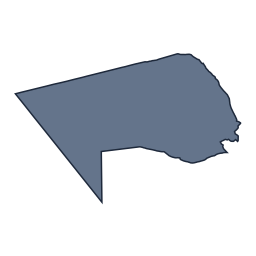 Seme, Nyanza, Kenya, rotated 90°
{"feature_id": "3690345B94022064198400", "entity_name": "Seme", "entity_type": "district", "adm_level": 2, "iso_a3": "KEN", "parent_name": "Kenya", "parent_adm1": "Nyanza", "projection": "equal_earth", "projection_center": [34.518, -0.156], "detail": "fine", "context": "isolated", "style": "filled", "palette": "slate", "viewbox_px": 256, "rotation_deg": 90, "n_neighbors": 0, "source": "geoboundaries", "source_scale": "gbopen_adm2", "svg_char_len": 3452}
<svg xmlns="http://www.w3.org/2000/svg" viewBox="0 0 256 256"><g transform="rotate(90 128 128)"><path d="M54.8,64.8L54.3,66.4L54.3,67.3L54.3,68.2L54.4,68.9L54.4,69.6L54.5,70.3L54.6,70.9L54.5,71.7L54.5,72.5L54.5,73.4L54.5,74.5L54.5,75.2L54.4,75.9L54.2,76.6L53.9,77.3L53.9,78.0L53.8,78.6L59.0,96.5L59.3,97.4L59.6,98.2L60.0,99.1L60.2,100.0L60.3,101.0L60.5,102.1L60.6,103.1L60.7,103.9L61.0,104.6L61.2,105.7L61.3,106.7L61.6,107.6L61.9,108.7L61.9,109.7L61.8,110.7L61.9,111.5L63.3,117.6L63.5,118.3L63.6,119.0L64.3,121.9L65.5,126.5L66.7,130.9L67.4,134.1L69.7,143.2L76.1,168.9L77.3,173.4L79.5,182.4L81.3,189.4L82.7,195.3L84.3,202.5L85.9,208.7L92.2,234.4L93.8,240.6L104.9,231.7L117.9,221.4L121.5,218.5L146.0,198.9L202.2,154.1L151.5,154.7L146.9,117.1L146.8,116.1L147.0,115.0L147.3,113.7L147.8,112.2L148.1,110.7L148.4,110.1L148.7,109.0L148.9,107.8L149.2,106.3L149.4,105.3L149.7,103.7L150.2,101.6L150.5,100.4L150.8,99.5L151.0,98.6L151.1,97.6L151.3,96.7L151.6,95.1L151.7,94.1L151.7,92.9L151.7,92.1L152.0,91.4L152.7,90.7L153.3,89.8L153.7,89.4L154.2,88.7L154.6,88.2L155.2,87.5L155.7,86.9L156.0,86.2L156.5,85.2L156.7,84.6L157.1,83.6L157.2,83.0L157.4,82.4L157.6,81.5L157.8,80.7L157.8,79.9L157.8,79.2L157.7,78.6L157.7,78.0L157.9,77.2L157.8,76.6L158.2,75.9L158.9,75.9L159.4,75.6L159.7,75.1L160.3,73.7L160.8,72.6L161.2,71.2L161.5,70.1L161.7,69.0L161.8,68.3L162.2,67.2L162.4,66.4L162.8,65.6L162.9,64.7L163.0,63.7L162.9,62.6L162.8,61.9L162.6,61.0L162.3,59.8L162.0,58.9L161.8,58.0L161.7,57.3L161.5,56.3L161.1,55.3L160.9,54.4L160.6,53.4L160.4,52.7L160.2,52.0L159.8,51.2L159.5,50.6L159.1,50.1L158.5,49.5L158.0,48.8L157.8,48.2L157.5,47.5L157.2,46.8L156.8,45.8L156.5,45.1L156.2,44.2L156.0,43.1L155.8,42.3L155.7,41.5L155.4,41.0L155.0,40.4L154.6,39.8L154.3,39.2L153.9,38.3L153.6,37.2L153.4,36.4L153.2,35.3L153.1,33.9L152.9,33.3L152.7,32.7L152.6,31.9L152.5,31.1L152.5,30.3L152.5,28.9L148.8,32.4L146.6,33.3L145.8,33.0L145.0,32.9L144.4,33.9L144.0,34.6L143.1,35.0L142.6,35.3L142.0,35.7L141.7,35.2L141.3,34.6L140.5,32.9L140.0,31.9L139.4,30.8L139.5,30.1L139.7,29.6L139.9,28.7L139.3,27.4L139.9,26.7L140.4,26.2L140.9,25.5L141.2,25.0L141.3,24.1L141.3,22.5L140.2,21.1L139.6,20.4L141.4,18.4L140.7,17.9L136.0,17.8L135.0,18.9L134.1,20.3L133.8,20.8L133.4,20.9L132.8,21.0L132.2,21.3L131.7,21.5L131.2,21.1L129.6,19.3L128.9,18.7L128.3,18.1L127.4,17.8L126.8,17.9L126.0,18.0L124.8,16.8L124.3,16.3L123.7,15.7L123.1,15.4L122.7,15.7L122.4,16.3L122.0,16.8L121.7,17.5L121.3,18.4L121.1,19.4L120.5,19.4L119.8,19.3L119.3,19.4L118.9,19.6L118.2,19.9L117.3,20.3L116.9,20.5L116.3,20.7L115.0,21.5L113.6,22.1L113.0,22.5L112.4,22.8L110.7,23.6L110.0,23.9L109.3,24.3L107.9,24.9L107.4,25.1L106.8,25.3L105.7,25.6L103.9,26.1L103.4,26.2L102.9,26.2L98.9,26.7L98.3,26.9L95.1,28.5L94.6,28.8L93.9,29.5L92.9,30.4L92.5,30.8L92.0,31.2L91.2,32.0L90.8,32.4L90.4,32.7L89.6,33.4L89.1,33.8L88.7,34.1L88.2,34.5L87.8,34.9L87.2,35.3L86.5,35.8L86.1,36.1L85.6,36.4L85.1,36.7L84.5,36.9L84.0,37.0L83.4,37.1L82.6,37.3L82.0,37.5L81.6,37.7L81.2,37.9L80.6,38.3L80.1,38.7L79.7,39.1L79.3,39.6L78.9,40.2L78.1,40.8L77.6,40.7L77.0,40.9L76.4,41.6L75.9,42.3L75.4,43.1L75.0,43.6L74.3,44.0L73.7,44.5L73.1,45.1L72.4,45.8L71.9,46.6L71.4,47.3L70.8,47.7L70.2,48.2L69.6,48.7L69.1,49.2L68.7,49.6L68.3,50.0L67.6,50.3L67.0,50.5L66.5,50.8L63.3,52.9L63.6,53.6L63.0,54.5L61.9,55.3L59.6,57.1L59.5,57.8L59.3,58.4L59.0,59.0L58.6,59.7L58.1,60.4L57.8,61.0L57.3,61.7L56.9,62.5L56.4,63.1L55.9,63.7L54.8,64.8Z" fill="#64748b" stroke="#1e293b" stroke-width="1.5"/></g></svg>